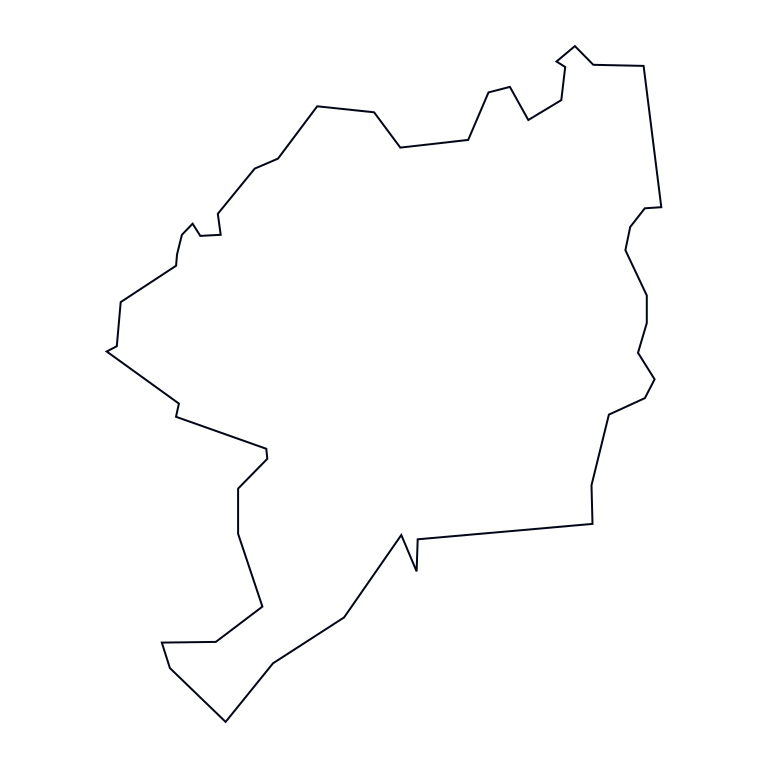 the district of Baliet, Upper Nile, South Sudan
{"feature_id": "79223893B13684678916358", "entity_name": "Baliet", "entity_type": "district", "adm_level": 2, "iso_a3": "SSD", "parent_name": "South Sudan", "parent_adm1": "Upper Nile", "projection": "robinson", "projection_center": [32.373, 9.407], "detail": "fine", "context": "isolated", "style": "outline", "palette": "ink", "viewbox_px": 768, "rotation_deg": 0, "n_neighbors": 0, "source": "geoboundaries", "source_scale": "gbopen_adm2", "svg_char_len": 780}
<svg xmlns="http://www.w3.org/2000/svg" viewBox="0 0 768 768"><path d="M416.6,571.4L417.7,539.3L569.7,525.9L592.5,523.9L591.5,485.3L608.9,414.6L644.9,398.1L654.6,379.3L638.0,352.8L646.8,323.0L646.8,295.5L625.4,250.2L630.2,227.0L644.8,208.3L661.3,207.2L643.6,65.9L593.3,64.8L574.9,46.1L556.5,61.5L565.2,67.0L561.3,100.1L528.3,120.0L509.9,86.9L488.5,92.4L468.2,139.9L400.3,147.6L374.1,112.3L317.2,106.3L278.0,158.6L254.7,168.6L217.8,213.8L220.7,234.8L200.3,235.9L192.6,223.7L181.9,234.8L177.0,254.6L176.1,265.7L120.7,302.1L116.8,346.2L106.7,351.5L178.9,403.6L176.0,416.8L266.3,448.8L267.3,458.8L238.1,488.6L238.1,533.8L262.4,606.6L215.8,641.9L161.8,642.6L169.9,668.1L225.6,721.9L273.0,663.3L344.1,617.4L401.3,535.0L416.6,571.4Z" fill="none" stroke="#020617" stroke-width="2"/></svg>